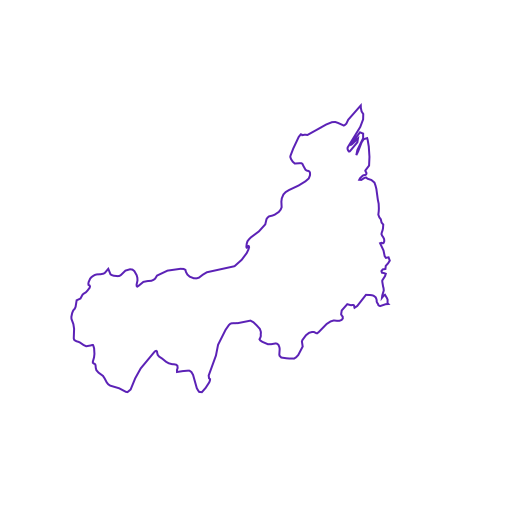 outline of Aust-Agder, rotated 297°
{"feature_id": "NOR-912", "entity_name": "Aust-Agder", "entity_type": "County", "adm_level": 1, "iso_a3": "NOR", "parent_name": "Norway", "parent_adm1": "", "projection": "natural_earth1", "projection_center": [8.022, 58.924], "detail": "fine", "context": "isolated", "style": "outline", "palette": "violet", "viewbox_px": 512, "rotation_deg": 297, "n_neighbors": 0, "source": "natural_earth", "source_scale": "10m", "svg_char_len": 4757}
<svg xmlns="http://www.w3.org/2000/svg" viewBox="0 0 512 512"><g transform="rotate(297 256 256)"><path d="M437.7,281.0L435.5,282.2L432.7,284.5L431.2,287.1L426.4,289.4L418.3,290.3L394.3,288.4L393.0,288.9L391.8,290.2L391.3,291.5L391.9,292.1L403.3,294.7L407.0,293.5L399.2,290.8L397.3,289.6L413.4,292.5L413.7,295.9L409.5,298.0L396.5,298.2L391.4,299.6L395.7,299.5L405.1,298.5L408.9,298.9L411.5,301.5L410.0,302.9L404.7,306.8L395.8,312.1L387.9,315.7L381.8,314.6L381.1,315.2L380.6,316.1L380.0,316.8L379.1,317.1L378.0,316.8L376.8,315.2L376.0,314.6L372.5,313.4L370.8,313.4L371.6,315.3L374.7,317.1L375.9,318.4L375.5,320.3L376.1,324.3L375.2,328.2L373.0,330.5L370.4,332.8L361.6,338.9L358.2,341.6L354.1,343.9L351.7,345.0L348.4,346.2L346.4,348.4L345.4,350.5L342.8,352.7L341.8,355.1L338.3,356.6L336.3,357.1L334.1,357.4L332.5,357.8L331.4,359.1L330.5,360.8L329.3,362.4L327.6,363.5L325.9,363.8L324.9,363.3L324.8,361.9L323.7,360.8L318.8,367.1L314.3,370.7L313.3,372.6L315.0,374.7L312.6,377.3L309.5,377.0L306.1,376.1L303.2,377.2L301.6,375.0L299.5,374.6L298.3,375.8L298.9,377.9L299.1,379.7L296.7,380.1L291.6,379.6L290.4,380.2L286.5,383.1L285.3,384.2L283.3,385.5L278.2,386.4L276.0,387.2L277.1,387.4L279.0,388.0L280.0,388.5L278.0,391.7L276.8,393.1L273.7,394.6L273.3,395.7L271.9,393.4L267.8,389.4L267.6,388.5L267.8,387.3L268.7,386.4L269.4,385.1L270.0,384.4L270.5,384.0L271.2,383.7L272.1,383.0L273.5,381.4L273.9,379.4L273.9,378.0L273.3,376.0L271.3,371.6L257.4,368.9L254.6,367.3L255.1,366.8L255.9,366.3L256.5,365.7L256.5,364.8L255.9,363.8L255.3,363.1L255.0,361.8L254.5,359.2L246.4,357.1L242.7,358.3L242.0,359.3L241.3,360.8L239.7,361.7L237.9,361.3L236.2,359.8L235.1,357.8L233.9,354.6L231.6,352.2L227.5,349.8L216.9,346.5L214.9,345.6L214.6,344.8L214.6,342.2L213.8,340.5L211.7,338.2L208.1,336.5L202.2,335.5L200.7,335.7L196.5,338.7L186.9,338.6L183.9,337.7L181.9,336.5L179.8,332.3L178.7,329.6L177.0,324.6L177.8,322.3L178.8,321.5L183.9,319.3L185.3,318.3L187.0,316.4L187.4,314.7L187.1,313.3L184.4,309.7L182.8,306.7L182.4,300.6L182.7,298.1L183.4,296.9L185.1,296.9L186.0,296.8L186.9,296.6L188.7,295.6L189.7,295.3L190.9,294.5L192.8,292.5L194.5,288.1L195.8,283.8L195.9,280.4L188.0,270.4L185.1,265.0L184.0,263.9L182.2,263.2L176.5,262.4L159.7,262.5L149.1,265.5L128.0,268.1L125.7,269.7L125.4,271.0L124.0,271.5L122.2,271.7L115.6,271.0L110.1,269.6L109.1,267.1L109.9,265.5L111.3,263.3L121.5,253.9L123.3,251.1L123.6,248.8L122.8,247.2L120.2,243.0L116.8,238.3L118.6,237.3L120.7,237.0L122.5,235.8L122.9,234.3L122.4,232.4L121.5,230.3L120.8,227.0L120.9,224.0L122.0,218.9L122.4,215.3L123.3,213.3L124.5,212.2L126.0,211.1L126.2,210.2L125.6,209.5L124.3,209.0L103.5,204.3L92.2,203.9L80.1,204.9L76.4,203.3L75.9,201.8L76.0,194.1L74.3,184.9L74.6,182.6L75.6,180.4L78.2,176.7L79.7,174.1L80.6,168.6L81.8,165.6L83.6,164.0L85.7,162.7L86.4,162.0L86.7,161.1L86.5,160.4L86.8,159.1L87.8,158.6L92.2,157.7L95.4,156.5L100.2,153.7L101.9,152.1L102.7,151.1L102.6,150.9L102.5,150.7L102.2,150.3L101.3,149.4L98.5,145.7L98.4,142.8L99.0,138.3L98.9,136.7L98.6,135.3L98.5,133.6L98.8,132.0L99.9,131.0L108.5,127.0L112.4,124.2L116.2,120.1L118.0,119.1L121.7,118.1L123.9,117.9L125.4,118.0L126.4,118.4L127.8,118.4L128.9,118.3L135.1,116.3L138.4,118.9L142.8,119.0L144.1,119.5L146.4,120.9L148.5,121.5L152.1,122.2L153.5,121.9L154.2,121.1L154.2,119.9L155.2,119.2L156.9,118.7L160.6,118.5L162.5,119.0L164.4,120.0L165.8,120.9L166.8,121.9L167.5,122.8L169.2,125.8L171.1,128.2L172.4,129.0L177.5,130.2L173.6,134.7L173.5,136.0L173.8,138.1L175.3,142.0L176.3,143.4L177.8,144.3L183.7,146.3L187.0,149.8L187.8,152.1L187.3,154.5L184.7,158.4L182.7,160.2L180.4,161.5L176.3,162.6L175.1,163.3L174.8,164.1L175.9,164.8L181.8,167.4L184.4,170.7L186.4,174.0L188.2,175.5L190.0,176.4L193.6,176.7L202.8,183.8L210.3,194.5L211.6,197.4L211.6,199.4L210.0,200.8L208.3,203.3L207.5,206.3L207.9,210.6L209.1,213.2L210.8,215.0L215.2,217.1L219.2,219.6L236.9,241.2L237.4,241.6L246.2,245.0L254.4,246.4L258.2,246.3L260.6,245.9L261.4,245.3L261.5,244.7L261.1,244.3L260.5,244.2L259.5,244.2L259.2,243.9L259.7,243.3L262.6,242.2L265.2,241.7L267.8,242.2L270.3,243.0L279.2,247.4L288.4,249.9L293.7,248.6L295.5,248.9L297.2,249.6L299.4,252.2L301.3,253.9L305.6,256.3L308.6,256.9L311.1,256.7L316.0,253.9L319.1,252.8L323.3,252.5L326.4,253.4L329.8,255.5L338.2,262.0L344.9,266.1L349.0,267.8L352.2,267.5L353.5,267.0L354.8,266.2L355.5,265.2L355.6,264.1L355.2,263.0L355.2,261.9L355.3,261.0L357.7,257.4L359.1,255.6L359.3,254.5L358.7,253.1L356.0,248.6L356.7,245.9L358.2,243.3L359.7,241.7L359.8,241.6L360.0,241.5L361.1,241.2L368.7,240.4L381.5,240.0L384.8,240.7L384.9,241.2L384.9,241.6L384.9,241.8L384.6,242.3L386.3,244.5L387.2,246.9L405.1,258.9L409.8,263.0L410.7,264.6L411.4,265.8L411.8,268.7L412.1,275.0L413.1,275.7L414.9,276.4L419.3,276.3L437.7,281.0Z" fill="none" stroke="#5b21b6" stroke-width="2"/></g></svg>